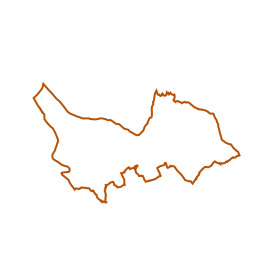 Spydeberg nor, Østfold, Norway (Natural Earth projection), rotated 238°
{"feature_id": "86288312B44573726791656", "entity_name": "Spydeberg nor", "entity_type": "district", "adm_level": 2, "iso_a3": "NOR", "parent_name": "Norway", "parent_adm1": "Østfold", "projection": "natural_earth1", "projection_center": [11.037, 59.603], "detail": "fine", "context": "isolated", "style": "outline", "palette": "amber", "viewbox_px": 256, "rotation_deg": 238, "n_neighbors": 0, "source": "geoboundaries", "source_scale": "gbopen_adm2", "svg_char_len": 5617}
<svg xmlns="http://www.w3.org/2000/svg" viewBox="0 0 256 256"><g transform="rotate(238 128 128)"><path d="M104.0,50.1L104.4,51.6L104.1,52.2L103.4,53.0L102.4,53.7L102.2,54.1L102.1,54.8L102.3,55.8L102.0,56.8L102.2,57.0L101.8,57.6L100.4,59.2L100.2,59.7L99.6,60.4L99.2,60.6L97.6,62.9L97.0,63.1L94.6,63.3L93.7,63.7L93.0,64.7L93.4,65.2L92.6,65.4L92.1,65.3L89.4,65.2L88.8,65.4L88.0,66.0L87.5,65.9L87.2,65.6L86.4,65.2L85.6,65.1L84.2,65.2L82.8,65.6L82.0,66.1L80.7,66.2L80.8,66.7L80.6,66.9L79.9,66.6L78.9,66.6L78.6,67.3L79.0,67.8L79.0,68.0L78.2,68.5L77.7,69.0L76.4,69.9L76.5,70.2L77.2,69.6L78.5,70.2L79.3,71.1L80.2,71.4L80.8,72.3L82.0,72.7L82.3,73.0L82.7,73.7L84.7,74.4L87.3,75.1L87.5,75.2L87.5,75.6L87.7,76.1L89.5,77.1L89.2,77.6L89.3,78.1L90.1,78.4L90.1,78.6L91.5,79.0L91.0,79.8L90.5,81.2L90.8,82.0L91.0,83.7L90.8,85.4L90.6,85.7L90.5,86.4L89.9,87.0L86.7,86.1L86.0,86.5L85.5,87.4L83.5,87.5L82.9,87.9L81.9,91.0L82.1,92.6L81.9,94.0L82.1,94.4L81.6,95.1L82.5,95.4L84.1,96.1L85.2,97.0L86.3,97.5L90.0,97.8L93.3,98.3L92.6,99.4L92.6,100.2L92.3,100.8L92.3,101.4L92.9,101.4L93.3,102.0L93.1,102.3L93.2,103.0L93.8,104.5L93.9,105.1L94.1,105.4L94.1,106.9L94.3,107.6L94.2,107.9L93.6,108.2L92.9,107.8L92.1,107.8L92.0,109.0L91.2,111.5L91.2,112.3L91.8,113.8L91.6,114.8L91.5,115.8L91.2,116.1L90.7,116.0L90.7,115.2L90.1,114.2L89.9,114.0L89.3,113.1L89.4,112.0L88.1,111.7L87.0,111.7L85.8,111.2L82.6,112.1L81.3,111.9L80.6,113.8L80.2,113.9L80.1,114.8L79.6,115.1L78.3,115.1L75.5,114.4L74.3,114.6L73.1,114.5L72.9,115.4L72.2,116.7L72.4,117.3L72.2,117.5L72.1,118.3L71.7,118.5L71.0,121.4L70.6,122.3L70.7,122.8L70.2,124.7L70.4,125.3L70.3,126.2L70.6,128.4L70.0,130.1L70.2,130.4L70.7,130.3L74.0,131.1L77.1,131.3L78.6,131.6L78.7,132.0L78.5,133.4L78.5,135.1L78.4,136.0L78.2,136.2L77.7,138.0L77.6,139.0L77.9,140.0L78.3,140.2L78.6,140.6L78.7,141.0L78.6,141.4L78.0,141.5L76.9,141.3L75.1,140.5L74.2,140.6L73.3,140.4L73.0,140.9L73.0,143.1L73.5,143.8L73.2,143.9L73.1,144.1L72.8,144.2L72.3,144.7L72.2,145.1L72.3,145.3L72.1,145.7L70.6,147.0L66.4,147.1L59.4,148.6L56.2,148.8L53.5,148.8L50.3,151.7L50.1,152.0L50.0,152.5L49.6,152.9L49.0,153.1L48.2,153.0L47.2,153.3L46.5,153.3L46.5,153.5L47.1,154.4L47.9,156.1L48.4,157.7L48.3,157.8L48.8,158.3L48.9,158.6L48.6,158.9L48.6,159.0L49.5,159.5L49.5,159.8L49.4,160.0L50.1,160.7L50.1,160.9L50.5,162.0L50.4,162.3L50.6,162.5L50.5,162.8L50.8,163.4L51.4,163.8L51.3,164.1L51.5,164.5L52.2,164.7L52.6,165.1L52.7,165.4L52.6,165.7L52.7,166.1L53.6,168.8L53.4,169.2L53.6,169.6L53.7,170.0L53.9,170.3L53.8,170.5L54.0,171.2L54.1,172.6L53.7,173.1L53.7,173.6L52.7,174.5L52.1,175.5L51.9,178.2L51.9,179.0L52.4,179.6L53.2,182.0L53.4,182.1L53.5,183.2L53.7,183.9L51.6,184.9L49.9,186.3L49.0,186.8L49.2,187.0L48.5,187.2L49.2,187.6L48.4,188.8L47.6,189.6L47.4,191.1L47.0,191.6L47.3,193.2L47.5,193.3L47.5,193.6L47.3,193.9L46.7,194.2L46.9,194.5L46.9,195.0L47.2,195.4L47.0,195.9L47.0,196.3L46.8,197.0L47.3,198.8L47.4,200.4L47.6,201.2L47.5,201.5L46.9,201.6L46.8,202.2L46.5,202.6L46.1,203.5L46.1,204.6L46.5,205.6L46.5,206.0L45.7,207.2L45.6,208.0L49.2,208.7L51.5,207.8L55.6,206.8L56.6,206.7L57.7,206.7L59.3,206.7L59.5,206.3L60.9,205.3L62.9,203.5L67.8,201.5L68.6,201.3L72.2,202.6L74.3,203.0L79.1,204.8L81.4,205.3L83.0,206.3L86.0,206.7L87.5,207.2L91.2,207.3L94.8,208.0L95.5,207.3L95.7,206.6L96.6,205.5L98.8,204.3L99.4,204.5L100.0,204.2L100.4,203.8L102.0,202.9L102.8,201.9L103.7,201.2L104.9,199.9L105.2,199.5L105.3,199.1L105.7,198.8L106.3,198.1L106.8,198.0L106.8,197.6L107.7,197.0L109.4,196.2L109.8,195.6L114.3,194.0L117.2,193.2L118.2,192.2L118.6,190.8L119.8,190.3L119.8,190.1L120.2,189.7L120.2,188.9L120.5,188.6L120.4,188.0L120.7,187.0L120.6,186.7L121.6,186.4L124.7,184.3L124.6,183.8L124.9,183.1L125.3,182.7L125.3,182.3L125.0,182.0L126.9,181.3L127.2,181.7L127.8,181.7L128.7,183.3L129.6,184.0L131.1,184.9L131.5,184.9L131.3,184.6L132.5,183.5L134.0,182.8L135.4,182.6L134.7,181.2L136.2,180.8L135.6,180.1L137.5,179.8L136.9,179.3L136.9,179.1L136.3,178.6L136.1,178.0L135.8,177.8L135.9,177.1L135.7,177.0L136.1,176.0L136.6,175.5L137.1,175.3L138.9,175.6L138.9,175.4L138.9,174.9L138.6,174.7L138.4,174.1L138.0,173.8L137.9,173.3L137.8,172.9L138.1,172.4L139.8,172.0L139.8,171.6L140.0,171.4L140.6,171.1L141.5,171.1L144.6,171.9L143.0,169.2L136.9,163.8L137.0,163.4L136.5,162.8L134.9,162.1L134.4,161.7L133.9,160.3L132.3,158.7L131.2,158.0L129.5,157.1L126.4,155.2L124.9,153.9L124.6,153.2L125.1,151.8L122.2,147.5L121.8,147.4L121.0,146.0L121.2,145.1L119.9,142.4L117.8,139.9L116.3,133.7L116.9,132.4L117.5,131.3L122.2,128.8L123.8,127.7L126.2,127.4L128.7,125.1L130.0,124.2L135.6,122.6L136.2,122.1L138.0,120.0L143.1,117.9L144.3,117.1L144.9,115.5L147.9,113.2L150.2,110.7L150.6,110.2L151.9,106.3L153.0,104.2L156.0,100.3L156.9,100.0L159.9,94.9L162.6,92.8L165.1,90.6L167.4,89.1L170.6,86.7L173.9,85.4L180.2,84.9L186.6,84.1L191.0,82.8L198.6,81.7L202.4,80.8L210.4,79.6L210.1,79.2L207.8,77.2L207.2,76.3L205.5,72.0L204.2,68.1L203.4,63.8L193.6,63.4L193.4,63.6L192.3,63.9L191.9,63.6L191.4,63.7L190.9,63.9L190.6,63.6L189.6,63.9L189.2,63.6L187.5,63.7L187.1,63.5L186.6,63.7L186.6,64.0L186.3,64.0L185.5,63.7L184.7,64.1L183.3,64.1L182.5,63.4L181.4,62.7L179.6,61.8L175.5,62.1L169.7,63.2L168.6,63.8L167.2,64.1L162.8,63.8L155.3,62.5L155.0,62.1L153.4,61.5L153.1,60.8L151.9,59.0L151.3,58.7L149.8,56.7L149.8,56.4L147.8,54.3L145.6,50.1L145.1,49.5L144.0,48.8L142.5,48.2L141.5,48.2L140.8,48.3L136.2,50.6L132.1,52.3L129.6,54.0L127.7,55.9L126.6,56.5L125.5,56.8L124.4,56.8L123.2,56.2L122.6,55.6L122.2,54.7L122.4,53.9L124.4,50.0L125.1,48.0L124.4,47.5L123.4,47.3L122.6,47.7L121.6,47.9L121.3,48.1L115.2,50.1L112.8,49.6L111.1,49.6L109.2,49.6L107.6,50.0L104.0,50.1Z" fill="none" stroke="#b45309" stroke-width="2"/></g></svg>